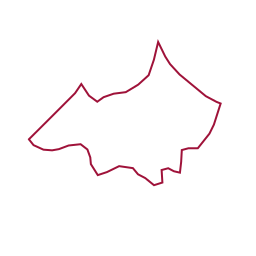 outline of Prizren, rotated 154°
{"feature_id": "KOS-5908", "entity_name": "Prizren", "entity_type": "District", "adm_level": 1, "iso_a3": "XKX", "parent_name": "Kosovo", "parent_adm1": "", "projection": "orthographic", "projection_center": [20.721, 42.201], "detail": "fine", "context": "isolated", "style": "outline", "palette": "rose", "viewbox_px": 256, "rotation_deg": 154, "n_neighbors": 0, "source": "natural_earth", "source_scale": "10m", "svg_char_len": 707}
<svg xmlns="http://www.w3.org/2000/svg" viewBox="0 0 256 256"><g transform="rotate(154 128 128)"><path d="M63.2,192.1L63.2,175.9L62.2,167.0L58.2,153.5L44.1,122.5L37.0,112.7L34.0,109.4L49.3,93.4L57.3,87.2L74.1,79.2L82.6,83.3L89.3,84.6L95.1,74.2L100.9,65.1L105.7,69.0L109.5,74.2L116.2,75.5L121.0,63.9L129.7,65.2L134.5,75.5L139.3,82.0L141.2,89.8L152.7,97.6L166.2,97.6L175.8,98.9L177.2,111.8L174.8,118.1L173.9,126.5L177.7,134.2L189.0,138.3L199.4,139.3L206.0,141.2L213.5,145.6L220.4,154.0L222.0,161.1L222.0,161.3L195.4,170.4L160.3,182.5L150.7,188.0L148.9,174.2L144.1,165.1L136.4,166.4L125.8,165.1L114.3,161.2L99.8,162.5L86.3,166.4L74.8,178.0L63.2,192.1Z" fill="none" stroke="#9f1239" stroke-width="2"/></g></svg>